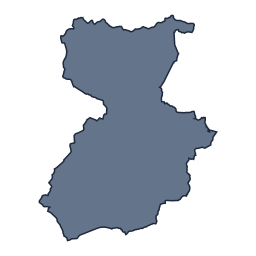 outline of Ahuacatlán, Puebla, Mexico
{"feature_id": "50627088B38644247455726", "entity_name": "Ahuacatlán", "entity_type": "district", "adm_level": 2, "iso_a3": "MEX", "parent_name": "Mexico", "parent_adm1": "Puebla", "projection": "albers", "projection_center": [-97.866, 20.028], "detail": "fine", "context": "isolated", "style": "filled", "palette": "slate", "viewbox_px": 256, "rotation_deg": 0, "n_neighbors": 0, "source": "geoboundaries", "source_scale": "gbopen_adm2", "svg_char_len": 5750}
<svg xmlns="http://www.w3.org/2000/svg" viewBox="0 0 256 256"><path d="M194.3,24.8L194.0,24.2L193.0,23.4L189.8,23.4L189.0,23.6L187.0,23.4L185.4,22.2L181.7,21.2L180.9,20.7L179.4,20.4L177.7,20.6L176.0,20.2L175.2,19.8L173.5,18.0L173.4,16.1L173.1,15.7L172.5,15.4L171.9,15.4L171.1,15.7L170.3,17.0L169.0,17.5L167.9,18.2L167.1,18.4L165.3,18.2L165.0,18.5L164.9,18.9L165.0,20.5L164.6,21.2L163.3,21.5L161.9,22.5L160.9,22.7L158.7,22.5L158.1,22.5L157.5,22.9L156.4,23.8L155.7,25.2L154.4,26.6L153.4,27.3L152.4,27.2L151.5,27.4L149.2,28.6L148.2,28.6L147.2,28.4L146.3,27.8L144.5,27.3L143.3,26.7L142.2,27.1L141.0,28.2L139.8,28.7L136.6,29.2L135.2,29.0L134.1,30.2L132.9,31.1L131.8,31.6L130.9,31.7L129.2,30.9L124.9,29.6L123.9,30.0L123.6,29.8L122.4,28.5L121.8,27.0L121.4,26.6L120.8,26.4L119.0,26.4L118.4,26.7L115.8,27.0L114.5,27.6L113.3,27.6L112.3,27.4L110.0,26.1L108.6,25.0L107.3,23.5L105.9,22.6L105.6,22.3L105.5,21.6L104.8,20.2L103.7,19.2L102.6,19.2L102.2,19.5L100.2,21.4L98.0,21.8L96.9,22.3L94.7,24.3L93.9,23.8L92.9,22.4L92.4,20.5L91.8,20.3L91.2,20.5L89.2,22.4L88.1,23.2L87.6,23.3L83.6,19.6L83.0,18.5L82.8,17.8L82.6,18.0L80.9,17.5L79.2,18.3L78.9,18.3L78.5,18.0L76.6,19.4L76.2,19.5L75.2,19.1L73.9,19.7L73.5,21.0L73.1,23.8L72.4,25.6L74.0,28.0L73.8,28.7L73.3,28.9L72.4,28.9L71.6,28.7L70.5,28.7L68.4,29.3L66.7,30.6L66.2,31.4L65.6,33.2L64.6,34.7L63.7,35.7L62.8,36.3L62.1,36.1L61.8,35.8L61.0,35.8L60.8,36.6L60.7,37.9L61.9,42.7L62.9,43.0L64.3,43.0L64.9,44.0L66.0,48.0L66.4,49.0L66.6,49.8L66.5,50.6L66.9,51.5L66.6,52.3L66.5,54.5L65.5,58.1L64.9,58.4L63.6,61.2L63.2,62.3L63.2,63.7L63.6,67.4L64.4,68.3L64.9,69.5L64.2,70.8L63.4,74.7L62.7,76.2L63.3,77.6L64.8,78.0L65.6,78.7L67.2,79.2L70.0,79.3L71.4,80.4L72.8,84.7L73.7,86.5L73.9,86.2L83.9,92.6L84.8,93.5L86.5,94.1L87.8,93.9L88.9,94.8L90.9,95.2L91.1,95.5L91.6,96.5L95.9,97.7L96.8,98.6L102.8,100.4L103.3,101.4L103.6,104.4L105.7,106.3L106.8,108.2L106.5,113.8L104.5,114.2L103.8,115.1L103.1,118.0L103.0,118.9L100.8,118.6L99.8,117.9L97.0,120.8L96.5,120.7L96.0,120.1L90.0,117.7L86.8,119.9L86.4,121.1L84.4,124.2L83.4,125.1L83.8,129.1L83.3,130.4L77.4,133.2L76.2,133.5L75.2,134.2L74.1,135.6L74.6,142.8L70.4,143.8L69.9,145.5L71.2,151.3L70.5,152.8L63.8,160.0L63.9,160.5L63.7,161.4L57.5,166.9L55.7,168.3L54.4,169.0L54.6,170.0L54.4,172.2L53.8,172.8L53.6,173.6L53.1,174.1L52.2,174.7L52.1,175.0L52.4,177.6L51.9,179.1L50.6,180.4L49.6,182.1L48.9,182.4L49.0,183.0L49.8,183.8L51.4,185.9L51.7,186.5L51.7,187.0L51.4,187.6L50.4,188.6L50.4,190.4L49.6,192.1L48.3,193.6L48.2,195.3L47.8,195.6L46.8,195.1L45.6,194.9L42.7,195.5L42.2,196.0L41.1,198.7L39.6,200.5L39.3,201.3L39.4,202.5L42.2,204.5L42.9,205.2L43.5,206.4L44.5,206.7L47.2,206.6L48.6,206.8L49.8,207.3L48.4,208.5L47.8,211.3L50.4,212.4L56.3,217.9L57.1,219.5L57.2,221.3L59.5,224.2L60.1,224.7L60.5,226.2L62.3,229.8L62.9,231.2L63.2,233.6L63.6,234.2L64.1,236.2L64.9,236.4L66.2,237.4L67.0,238.2L67.5,240.6L70.3,239.8L71.4,238.9L77.0,238.5L79.5,235.3L97.4,228.2L100.1,227.4L102.7,227.1L105.7,227.2L111.2,228.5L111.8,229.0L112.9,228.2L114.9,228.0L116.3,227.7L117.8,227.8L118.6,228.3L120.6,228.4L120.7,229.1L121.0,229.5L121.5,229.8L121.9,229.8L122.5,231.4L122.8,231.7L123.6,232.1L124.8,232.1L125.7,234.5L126.5,234.1L128.8,231.5L129.2,231.3L132.4,230.9L133.9,230.4L134.3,229.8L135.7,229.7L139.1,229.0L140.6,228.3L142.5,228.4L144.3,227.2L145.9,227.0L146.7,226.6L147.7,225.8L149.4,225.2L151.2,224.3L152.2,224.1L152.7,223.6L154.0,223.5L155.7,223.8L156.3,222.9L156.5,221.6L156.8,221.4L156.5,220.0L156.2,219.3L156.0,216.5L156.6,215.3L157.5,214.8L158.0,213.4L158.1,211.0L159.0,210.2L159.1,209.0L160.2,204.9L160.7,204.1L161.9,203.9L163.1,203.3L165.2,203.3L165.2,200.9L166.3,200.4L172.1,200.7L177.7,200.5L178.7,200.3L179.0,199.7L180.2,199.3L181.6,197.1L182.3,196.5L183.7,195.8L185.3,195.7L186.3,196.1L186.7,195.6L186.7,194.5L187.1,194.1L187.5,194.1L187.5,193.3L188.2,192.6L188.7,191.6L189.1,191.3L189.7,189.5L189.8,187.1L189.4,185.8L187.9,183.0L188.1,182.6L188.7,182.0L188.7,181.3L189.1,181.2L190.1,179.6L190.2,178.5L189.7,176.9L190.0,175.4L189.3,174.4L188.7,174.4L188.3,173.6L187.3,172.9L186.8,171.9L187.1,169.9L186.9,168.2L187.3,166.9L186.5,164.9L186.4,163.5L187.3,162.0L188.9,159.9L189.0,158.2L191.2,159.3L192.1,158.8L193.6,159.4L194.0,158.4L194.0,157.0L194.1,156.4L194.8,155.6L195.6,155.3L195.1,154.7L195.5,154.4L195.6,153.9L194.6,150.9L194.8,149.8L195.3,149.0L196.6,148.3L197.2,148.4L199.6,148.0L202.6,147.1L203.5,147.8L205.0,148.1L210.7,145.0L211.0,142.2L212.8,139.8L212.9,137.9L213.2,136.9L216.7,132.0L211.2,130.4L209.2,130.7L209.4,131.9L207.9,131.0L209.2,129.7L208.2,129.1L207.9,128.5L207.4,127.8L207.5,127.8L206.9,127.3L207.0,126.7L206.5,126.0L206.2,126.2L206.2,125.6L204.8,122.4L205.3,119.5L205.2,117.6L204.4,117.5L203.8,117.8L203.2,117.4L202.4,118.2L201.6,117.7L200.4,119.2L198.0,120.2L196.4,119.0L195.0,118.7L195.6,118.5L195.3,118.0L195.5,117.6L195.6,116.3L195.3,116.1L195.2,115.5L194.6,114.3L194.3,112.0L193.9,111.4L192.1,111.5L190.9,112.2L188.9,112.5L185.6,112.5L184.7,112.7L183.7,112.7L177.5,112.4L177.0,112.1L176.1,111.1L175.9,109.0L175.7,108.6L174.4,107.3L173.4,107.1L172.5,106.2L169.8,105.7L168.7,104.4L167.9,104.4L167.6,103.7L167.0,103.1L166.6,103.0L165.9,103.5L165.4,103.4L165.1,103.6L164.9,103.5L164.6,103.6L164.3,102.9L164.6,102.6L164.4,102.0L161.7,101.7L161.3,98.6L161.7,96.9L161.7,96.2L162.0,96.1L162.3,95.1L162.2,94.2L162.5,92.2L161.4,90.6L161.7,89.3L161.1,88.1L159.6,87.3L161.3,85.8L163.9,81.7L173.1,63.2L173.8,62.9L173.7,62.0L176.0,60.8L176.7,60.7L176.7,59.5L177.6,55.6L178.6,53.6L178.0,52.9L174.7,44.8L174.0,32.4L174.9,32.0L175.2,30.6L177.6,29.5L178.6,29.9L178.6,31.1L178.8,31.4L179.3,31.6L180.7,31.8L181.7,32.7L182.6,32.5L183.1,32.5L184.5,33.2L186.0,32.3L188.2,31.8L191.9,32.4L192.9,30.9L193.7,28.6L193.8,26.0L194.2,25.6L194.3,24.8Z" fill="#64748b" stroke="#1e293b" stroke-width="1.5"/></svg>